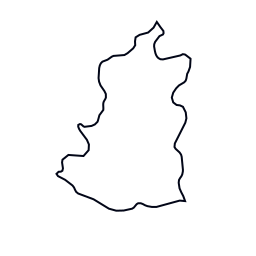 map outline of Quthing (Equal Earth projection), rotated 339°
{"feature_id": "LSO-1205", "entity_name": "Quthing", "entity_type": "District", "adm_level": 1, "iso_a3": "LSO", "parent_name": "Lesotho", "parent_adm1": "", "projection": "equal_earth", "projection_center": [27.994, -30.33], "detail": "fine", "context": "isolated", "style": "outline", "palette": "ink", "viewbox_px": 256, "rotation_deg": 339, "n_neighbors": 0, "source": "natural_earth", "source_scale": "10m", "svg_char_len": 1676}
<svg xmlns="http://www.w3.org/2000/svg" viewBox="0 0 256 256"><g transform="rotate(339 128 128)"><path d="M211.2,85.8L207.8,93.3L204.6,97.0L202.7,98.6L200.2,102.8L198.8,104.5L196.8,105.5L190.9,106.5L187.2,108.2L182.9,111.2L179.8,115.3L179.4,120.3L181.6,123.9L184.6,125.5L186.9,127.9L187.5,134.1L186.0,139.9L183.4,143.6L166.2,159.2L164.6,162.4L165.0,164.5L167.4,169.3L168.0,171.9L167.8,174.1L164.3,186.7L163.6,188.3L162.0,190.8L160.4,192.3L158.7,193.4L157.0,194.8L155.7,197.3L154.5,202.8L154.7,207.1L155.2,211.4L155.1,216.7L150.3,214.3L126.4,211.9L122.1,210.3L118.1,207.9L116.2,206.2L114.6,204.3L112.9,202.8L110.5,201.9L108.8,202.2L104.9,204.4L102.9,204.8L94.4,203.5L87.4,201.0L81.3,196.5L70.3,182.2L58.0,171.3L56.7,169.0L56.4,166.6L56.3,164.2L55.6,161.8L50.7,153.8L45.4,147.8L44.8,145.2L47.5,144.0L49.7,144.7L51.4,144.4L52.8,142.4L54.1,136.5L55.5,134.1L62.7,131.8L76.4,138.2L83.3,134.6L85.6,129.4L85.4,124.3L82.4,113.7L82.0,111.2L82.0,108.9L82.7,107.3L84.6,107.1L85.6,107.8L87.0,110.5L87.8,111.3L94.7,113.0L98.3,112.8L101.7,111.3L102.6,110.3L105.9,105.8L111.4,102.3L112.1,100.7L113.2,97.4L113.9,95.9L114.9,94.6L117.3,92.7L118.3,91.6L119.5,88.3L119.2,85.1L117.6,78.4L117.6,74.4L118.4,70.9L122.6,61.7L124.1,59.5L125.8,57.9L127.9,56.9L133.4,56.9L138.5,55.6L140.3,55.5L150.8,58.6L154.4,58.0L161.4,55.5L164.4,53.3L165.6,49.6L167.6,46.1L172.2,45.2L181.0,46.1L187.8,43.5L192.9,39.3L194.4,45.4L195.8,50.1L195.2,52.2L194.2,53.2L190.3,53.5L184.2,57.3L182.5,59.2L181.6,61.2L180.7,65.8L180.4,68.1L180.4,70.1L180.7,71.9L181.4,73.6L182.9,75.4L185.2,76.5L202.7,79.0L204.3,78.9L205.5,78.7L206.7,79.3L207.7,80.0L211.2,85.7L211.2,85.8Z" fill="none" stroke="#020617" stroke-width="2"/></g></svg>